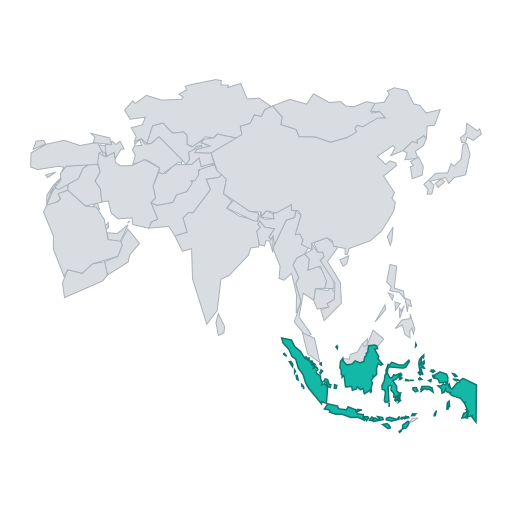 location of Indonesia within Asia
{"feature_id": "IDN", "entity_name": "Indonesia", "entity_type": "country or territory", "adm_level": 0, "iso_a3": "IDN", "parent_name": "Asia", "parent_adm1": "", "projection": "equal_earth", "projection_center": [119.503, -2.501], "detail": "fine", "context": "in_parent", "style": "filled", "palette": "teal", "viewbox_px": 512, "rotation_deg": 0, "n_neighbors": 45, "source": "natural_earth", "source_scale": "50m", "svg_char_len": 17783}
<svg xmlns="http://www.w3.org/2000/svg" viewBox="0 0 512 512"><path d="M271.1,106.4L264.8,109.8L261.3,116.5L254.4,115.0L250.1,123.4L240.3,126.3L241.9,134.6L238.8,138.6L217.4,134.1L213.8,137.9L205.5,136.9L193.5,146.9L186.9,144.4L187.0,135.5L183.6,132.0L172.6,133.1L162.9,123.1L152.6,125.9L146.8,143.7L141.3,138.8L134.6,141.4L136.2,136.5L131.3,127.8L142.5,124.7L145.3,117.2L130.2,119.3L124.7,110.1L132.7,100.8L135.2,103.4L146.5,95.4L161.7,100.1L181.6,99.3L183.3,97.2L178.9,94.2L186.6,89.8L185.4,86.8L187.5,85.4L215.6,79.6L221.3,80.5L220.8,84.9L228.6,85.3L227.6,87.6L240.7,83.4L247.1,99.0L259.0,98.1L271.1,106.4Z" fill="#d9dde1" stroke="#a8b0b8" stroke-width="1"/><path d="M146.8,143.7L152.6,125.9L162.9,123.1L172.6,133.1L183.6,132.0L187.0,135.5L186.9,144.4L192.0,146.9L204.1,139.1L201.2,142.7L210.3,145.9L204.7,149.5L200.3,149.1L201.5,145.5L196.2,146.6L191.7,152.5L188.6,152.3L189.6,159.4L186.2,164.5L158.9,136.7L151.0,143.7L146.8,143.7Z" fill="#d9dde1" stroke="#a8b0b8" stroke-width="1"/><path d="M408.6,423.7L412.3,418.3L418.2,418.1L408.6,423.7Z" fill="#d9dde1" stroke="#a8b0b8" stroke-width="1"/><path d="M56.3,184.5L50.7,191.9L46.8,204.4L46.8,195.3L53.2,185.5L56.3,184.5Z" fill="#d9dde1" stroke="#a8b0b8" stroke-width="1"/><path d="M61.0,179.7L53.3,185.4L61.0,177.6L61.0,179.7Z" fill="#d9dde1" stroke="#a8b0b8" stroke-width="1"/><path d="M53.8,189.1L49.7,194.6L52.6,188.4L53.8,189.1Z" fill="#d9dde1" stroke="#a8b0b8" stroke-width="1"/><path d="M53.8,189.1L68.2,183.9L67.8,190.3L58.1,193.7L60.6,199.0L50.9,206.0L46.8,204.4L53.8,189.1Z" fill="#d9dde1" stroke="#a8b0b8" stroke-width="1"/><path d="M107.5,232.8L117.3,233.5L128.1,224.8L119.9,242.4L108.0,239.6L107.5,232.8Z" fill="#d9dde1" stroke="#a8b0b8" stroke-width="1"/><path d="M104.9,230.0L105.4,226.0L108.3,222.6L108.6,227.5L104.9,230.0Z" fill="#d9dde1" stroke="#a8b0b8" stroke-width="1"/><path d="M97.0,201.4L99.5,209.5L92.8,206.5L97.0,201.4Z" fill="#d9dde1" stroke="#a8b0b8" stroke-width="1"/><path d="M67.8,190.3L68.2,183.9L78.5,178.5L82.8,168.5L90.3,163.3L97.6,164.4L100.2,172.0L95.1,180.9L100.4,188.7L101.9,202.1L85.5,206.1L67.8,190.3Z" fill="#d9dde1" stroke="#a8b0b8" stroke-width="1"/><path d="M120.9,241.2L127.9,229.1L139.5,243.4L129.7,254.9L128.2,262.1L107.5,274.9L104.6,261.8L117.8,256.2L122.2,245.1L120.9,241.2ZM129.6,221.6L127.6,222.9L129.2,221.1L129.6,221.6Z" fill="#d9dde1" stroke="#a8b0b8" stroke-width="1"/><path d="M313.6,300.2L315.5,288.6L328.3,290.6L330.3,286.7L334.9,292.5L334.3,299.3L327.1,303.7L328.9,307.1L317.2,309.0L313.6,300.2Z" fill="#d9dde1" stroke="#a8b0b8" stroke-width="1"/><path d="M324.9,288.3L315.5,288.6L313.6,300.2L303.3,293.2L299.0,316.9L311.1,334.2L306.9,337.2L294.3,322.0L300.9,301.8L295.6,283.5L298.7,277.6L292.9,264.9L296.9,257.8L304.7,253.9L309.4,259.2L308.0,270.1L317.1,265.6L323.3,270.6L326.6,281.0L324.9,288.3Z" fill="#d9dde1" stroke="#a8b0b8" stroke-width="1"/><path d="M334.0,288.7L324.9,288.3L326.6,281.0L320.2,266.0L308.0,270.1L309.4,259.2L304.7,253.9L311.9,249.7L311.5,243.4L317.6,252.0L322.7,252.0L324.1,256.8L320.2,260.3L333.9,279.1L334.0,288.7Z" fill="#d9dde1" stroke="#a8b0b8" stroke-width="1"/><path d="M304.7,253.9L296.9,257.8L292.9,264.9L298.7,277.6L295.6,283.5L300.9,301.8L296.2,313.0L296.5,294.8L291.6,273.4L283.9,280.2L279.0,278.4L280.1,266.2L272.8,248.0L286.3,220.1L294.6,217.4L295.8,211.0L301.0,215.1L295.4,234.7L299.8,233.8L303.0,239.9L301.6,244.5L309.4,246.0L304.7,253.9Z" fill="#d9dde1" stroke="#a8b0b8" stroke-width="1"/><path d="M320.8,309.8L328.9,307.1L327.1,303.7L334.3,299.3L334.9,283.1L320.2,260.3L324.1,256.8L322.7,252.0L317.6,252.0L313.7,242.6L326.9,237.7L337.7,247.6L327.5,261.5L340.4,282.7L341.4,303.1L324.1,320.6L320.8,309.8Z" fill="#d9dde1" stroke="#a8b0b8" stroke-width="1"/><path d="M426.4,138.4L423.3,145.8L415.3,151.4L418.2,158.3L404.9,159.7L407.3,153.2L402.9,150.6L405.9,147.4L412.5,141.3L417.5,143.0L416.8,140.4L423.8,135.6L426.4,138.4Z" fill="#d9dde1" stroke="#a8b0b8" stroke-width="1"/><path d="M410.5,161.5L418.7,157.1L423.3,166.4L422.2,175.1L412.2,178.7L410.4,166.7L413.3,165.8L410.5,161.5Z" fill="#d9dde1" stroke="#a8b0b8" stroke-width="1"/><path d="M272.6,106.0L289.6,99.3L306.5,104.1L313.5,93.8L329.3,102.5L340.7,101.6L345.9,106.1L353.6,106.8L366.9,101.7L375.0,103.4L371.5,113.2L379.8,111.6L385.9,116.3L362.8,126.8L357.1,125.4L355.0,128.5L356.6,131.9L351.2,136.1L330.5,142.3L315.6,137.1L299.0,136.8L296.0,129.5L280.8,124.6L282.1,117.1L272.6,106.0Z" fill="#d9dde1" stroke="#a8b0b8" stroke-width="1"/><path d="M295.8,211.0L294.6,217.4L286.3,220.1L274.5,244.9L273.0,236.2L270.9,239.7L268.9,236.9L274.4,228.8L264.6,227.2L259.6,220.8L257.9,224.5L260.5,227.4L256.7,231.4L259.1,232.9L258.8,246.8L250.8,247.9L248.3,255.4L229.0,275.5L220.9,279.2L217.2,310.6L206.8,324.2L192.5,278.7L191.6,248.7L182.4,251.3L174.9,235.8L187.1,232.2L182.9,218.1L188.2,212.5L192.8,212.9L210.3,189.7L206.2,179.1L218.7,177.3L223.2,173.0L226.4,179.0L223.5,193.7L231.9,200.8L226.9,208.2L238.9,215.9L257.6,221.0L261.1,212.0L261.1,217.3L264.5,219.3L273.9,218.7L272.9,213.7L291.4,204.6L291.5,210.2L295.8,211.0Z" fill="#d9dde1" stroke="#a8b0b8" stroke-width="1"/><path d="M273.0,236.2L272.8,252.5L269.6,240.9L265.9,240.7L264.6,246.0L259.5,244.8L256.7,231.4L260.5,227.4L257.9,224.5L259.6,220.8L264.6,227.2L274.4,228.8L268.9,236.9L270.9,239.7L273.0,236.2Z" fill="#d9dde1" stroke="#a8b0b8" stroke-width="1"/><path d="M272.9,213.7L273.9,218.7L261.1,217.3L266.4,210.8L272.9,213.7Z" fill="#d9dde1" stroke="#a8b0b8" stroke-width="1"/><path d="M258.6,213.1L257.6,221.0L254.2,221.1L226.9,208.2L233.7,199.5L249.5,211.3L258.6,213.1Z" fill="#d9dde1" stroke="#a8b0b8" stroke-width="1"/><path d="M223.2,173.0L218.7,177.3L206.2,179.1L210.3,189.7L192.8,212.9L188.2,212.5L182.9,218.1L187.1,232.2L174.9,235.8L168.9,226.4L148.8,228.2L151.3,221.9L157.7,219.1L150.9,202.6L157.0,205.4L172.8,202.3L176.5,194.8L186.5,191.7L201.0,167.8L214.4,164.6L217.2,170.9L223.2,173.0Z" fill="#d9dde1" stroke="#a8b0b8" stroke-width="1"/><path d="M174.3,164.7L191.5,164.5L199.2,157.8L201.2,166.6L207.5,162.8L214.4,164.6L198.3,170.0L198.7,174.7L194.7,180.8L191.0,180.6L191.9,184.0L186.5,191.7L176.5,194.8L172.8,202.3L157.0,205.4L150.9,202.6L155.5,197.8L153.0,186.0L158.9,172.2L165.5,173.4L174.3,164.7Z" fill="#d9dde1" stroke="#a8b0b8" stroke-width="1"/><path d="M186.2,164.5L189.6,159.4L188.6,152.3L201.5,145.5L201.9,149.0L195.2,152.6L211.1,153.0L214.0,163.1L201.2,166.6L199.2,157.8L191.5,164.5L186.2,164.5Z" fill="#d9dde1" stroke="#a8b0b8" stroke-width="1"/><path d="M204.1,139.1L213.8,137.9L217.4,134.1L238.8,138.6L211.1,153.0L195.2,152.6L196.3,149.7L210.3,145.9L201.2,142.7L204.1,139.1Z" fill="#d9dde1" stroke="#a8b0b8" stroke-width="1"/><path d="M134.6,141.4L141.3,138.8L144.8,144.0L151.0,143.7L158.9,136.7L182.3,160.3L181.5,163.4L178.8,161.9L162.4,174.1L158.9,172.2L159.6,167.9L147.1,160.1L132.8,164.3L135.3,155.4L132.5,150.0L134.6,145.9L141.6,145.5L139.7,139.8L134.7,144.6L134.6,141.4Z" fill="#d9dde1" stroke="#a8b0b8" stroke-width="1"/><path d="M101.9,202.1L100.4,188.7L95.1,180.9L100.2,172.0L96.9,160.4L98.9,153.0L105.5,156.5L114.2,152.3L115.3,162.3L120.5,165.9L132.1,165.5L144.5,159.6L159.6,167.9L153.0,186.0L155.5,197.8L150.9,202.6L157.7,219.1L151.3,221.9L148.8,228.2L132.7,224.6L132.2,218.0L118.0,218.8L111.2,213.2L108.3,200.9L101.9,202.1Z" fill="#d9dde1" stroke="#a8b0b8" stroke-width="1"/><path d="M55.0,187.4L61.0,179.7L60.3,173.4L66.1,166.2L88.4,164.1L82.8,168.5L78.5,178.5L58.7,189.5L55.0,187.4Z" fill="#d9dde1" stroke="#a8b0b8" stroke-width="1"/><path d="M106.9,156.3L98.7,148.9L99.9,144.8L106.9,146.2L106.9,156.3Z" fill="#d9dde1" stroke="#a8b0b8" stroke-width="1"/><path d="M97.6,164.4L66.1,166.2L62.0,171.3L63.6,167.1L58.2,166.3L37.7,169.6L30.7,167.0L31.0,152.9L46.4,144.2L64.1,140.3L80.0,145.5L97.3,142.4L102.0,151.6L98.9,153.0L97.6,164.4ZM36.1,141.2L43.5,140.3L45.6,143.8L33.2,149.4L36.1,141.2Z" fill="#d9dde1" stroke="#a8b0b8" stroke-width="1"/><path d="M224.7,326.7L223.9,332.7L218.4,335.6L216.0,322.9L218.3,313.6L224.7,326.7Z" fill="#d9dde1" stroke="#a8b0b8" stroke-width="1"/><path d="M343.2,266.3L339.8,259.7L348.8,255.8L346.8,263.6L343.2,266.3ZM211.1,153.0L241.9,134.6L240.3,126.3L250.1,123.4L254.4,115.0L261.3,116.5L264.8,109.8L272.6,106.0L282.1,117.1L280.8,124.6L296.0,129.5L299.0,136.8L315.6,137.1L330.5,142.3L346.8,137.8L356.6,131.9L355.0,128.5L357.1,125.4L362.8,126.8L377.4,118.1L385.5,118.0L379.8,111.6L370.6,111.3L375.0,103.4L384.2,102.2L389.2,94.2L387.3,90.8L394.3,87.8L407.1,90.6L413.7,103.9L419.9,105.4L426.0,112.9L440.2,109.7L434.6,125.2L427.1,126.1L426.4,138.4L423.8,135.6L416.8,140.4L417.5,143.0L412.5,141.3L402.9,150.6L390.8,155.7L395.0,148.1L393.0,145.5L377.4,156.5L385.7,164.5L390.0,160.9L395.9,163.0L396.5,165.6L383.6,176.0L394.5,192.8L391.9,198.1L395.3,202.6L393.7,211.2L381.5,231.1L370.1,240.8L349.0,248.5L347.5,254.3L345.2,254.6L345.2,248.5L333.6,246.2L332.5,240.8L326.9,237.7L311.5,243.4L311.9,249.7L301.6,244.5L303.0,239.9L299.8,233.8L295.4,234.7L301.0,215.1L298.2,210.6L291.5,210.2L291.4,204.6L276.2,213.0L266.4,210.8L261.1,216.2L261.1,212.0L249.5,211.3L223.5,193.7L226.4,179.0L217.2,170.9L211.1,153.0Z" fill="#d9dde1" stroke="#a8b0b8" stroke-width="1"/><path d="M393.0,227.1L391.8,240.8L390.1,245.3L387.4,236.6L393.0,227.1Z" fill="#d9dde1" stroke="#a8b0b8" stroke-width="1"/><path d="M111.9,141.0L115.9,144.5L120.0,141.3L124.1,148.9L120.9,149.3L115.2,158.6L114.2,152.3L106.9,156.3L105.5,150.7L105.4,144.0L110.9,144.9L111.9,141.0ZM105.5,156.5L103.1,155.8L102.0,151.6L105.2,152.8L105.5,156.5Z" fill="#d9dde1" stroke="#a8b0b8" stroke-width="1"/><path d="M91.0,133.4L109.6,137.9L111.6,144.4L93.2,142.6L94.9,137.2L91.0,133.4Z" fill="#d9dde1" stroke="#a8b0b8" stroke-width="1"/><path d="M392.4,300.0L388.4,292.9L393.5,295.1L392.4,300.0ZM399.7,318.2L399.5,307.6L401.2,311.1L404.3,305.6L399.7,318.2ZM410.0,314.0L414.8,328.6L413.4,333.9L411.8,328.1L409.8,331.0L410.0,337.9L405.0,334.5L402.4,325.0L395.2,328.6L401.8,320.1L410.2,318.4L410.0,314.0ZM385.7,309.4L375.1,321.9L385.0,304.8L385.7,309.4ZM396.7,266.1L394.3,288.0L403.6,291.1L404.2,298.2L399.3,292.4L389.7,290.7L391.2,286.9L386.7,281.9L390.0,264.5L396.7,266.1ZM395.5,310.1L395.0,301.8L400.2,303.6L395.5,310.1ZM410.2,300.3L411.5,306.6L408.2,305.1L407.4,311.8L405.0,298.1L410.2,300.3Z" fill="#d9dde1" stroke="#a8b0b8" stroke-width="1"/><path d="M302.4,332.8L314.5,338.2L319.8,362.5L307.7,354.0L302.4,332.8ZM378.0,346.1L369.4,345.2L364.1,361.7L346.6,365.5L343.7,362.2L343.0,358.4L349.4,359.3L350.3,354.4L357.2,352.1L362.4,343.9L367.2,345.1L373.1,330.2L383.6,338.9L378.0,346.1Z" fill="#d9dde1" stroke="#a8b0b8" stroke-width="1"/><path d="M367.7,338.6L367.2,345.1L364.3,346.9L362.4,343.9L367.7,338.6Z" fill="#d9dde1" stroke="#a8b0b8" stroke-width="1"/><path d="M470.0,154.3L465.6,174.8L454.0,177.6L448.8,183.5L445.7,177.6L429.9,181.3L434.0,185.1L431.8,194.0L427.3,194.2L428.1,189.5L423.8,184.4L435.8,173.3L447.7,172.8L451.1,163.7L453.8,166.2L461.1,159.1L463.0,144.3L466.9,143.4L470.0,154.3ZM477.4,130.9L479.7,128.8L481.3,134.2L473.3,140.4L467.1,137.1L465.6,142.4L461.5,142.5L460.5,137.6L465.8,133.6L466.7,123.3L477.4,130.9ZM435.4,183.5L441.2,178.8L444.7,181.7L438.1,187.5L435.4,183.5Z" fill="#d9dde1" stroke="#a8b0b8" stroke-width="1"/><path d="M104.6,261.8L107.5,274.9L102.8,280.9L64.5,297.6L62.5,283.0L67.6,269.7L82.2,273.3L92.3,263.9L104.6,261.8Z" fill="#d9dde1" stroke="#a8b0b8" stroke-width="1"/><path d="M46.7,205.2L57.8,201.7L60.6,199.0L58.1,193.7L67.8,190.3L85.5,206.1L96.3,207.1L104.3,219.5L108.0,239.6L120.9,241.2L122.2,245.1L117.8,256.2L92.3,263.9L82.2,273.3L67.6,269.7L64.1,276.6L53.4,249.1L53.4,235.8L43.5,212.1L46.7,205.2Z" fill="#d9dde1" stroke="#a8b0b8" stroke-width="1"/><path d="M55.7,172.1L47.5,177.7L45.6,175.0L55.7,172.1Z" fill="#d9dde1" stroke="#a8b0b8" stroke-width="1"/><path d="M342.8,358.3L342.9,360.6L346.6,364.9L352.1,364.1L355.0,360.9L359.9,362.8L363.7,361.6L364.8,357.0L366.5,355.4L366.2,353.3L367.7,352.5L368.6,345.8L374.7,345.0L376.7,345.9L377.6,348.7L374.5,349.1L378.8,356.6L377.6,358.3L382.7,364.3L380.8,365.2L378.1,363.6L376.5,368.5L376.7,374.3L373.9,376.9L373.1,375.9L373.2,377.5L371.2,380.2L372.4,383.1L371.1,387.9L370.3,389.1L369.8,390.5L364.4,393.8L362.9,388.5L360.2,389.7L357.4,386.8L356.2,389.0L352.4,390.3L351.7,386.5L345.5,386.9L344.3,377.2L343.5,375.7L341.2,374.5L341.2,369.7L339.9,367.9L340.5,361.3L342.8,358.3ZM281.6,338.0L291.5,340.0L294.6,346.4L300.7,351.6L304.0,357.3L305.6,358.7L305.3,357.0L306.2,356.9L308.1,360.2L310.4,361.6L312.0,365.1L314.7,366.6L312.6,368.7L316.0,366.9L317.4,368.2L317.9,369.6L316.4,371.0L316.4,373.2L320.4,375.9L321.0,380.4L322.4,381.9L321.6,384.8L324.8,383.6L327.6,387.7L326.4,403.3L321.7,401.6L321.5,403.8L308.5,388.1L305.6,382.8L303.1,374.7L298.2,367.9L295.8,359.2L292.0,356.4L288.9,349.4L283.1,343.1L281.6,338.0ZM476.5,384.9L476.0,422.2L471.9,416.9L472.4,415.4L467.2,417.1L468.1,413.4L466.7,411.5L467.2,411.2L468.0,411.4L468.5,411.2L466.1,409.7L467.2,409.3L464.5,403.2L465.1,402.5L464.0,402.7L460.6,398.3L451.8,395.5L449.6,393.3L450.5,392.5L446.6,391.8L445.3,389.9L446.0,387.4L444.1,392.3L442.1,393.2L441.4,388.8L438.1,385.9L441.3,385.9L443.3,383.9L445.5,385.0L446.4,382.0L439.5,382.8L437.9,378.9L433.9,378.1L435.1,374.8L439.9,371.9L446.6,374.2L447.9,377.7L447.6,383.2L448.7,386.2L449.4,384.5L450.5,388.3L452.0,389.2L456.9,383.0L459.8,382.0L460.1,380.5L463.0,378.4L476.5,384.9ZM409.4,361.3L405.9,367.2L403.1,368.1L389.5,366.9L387.9,368.4L387.3,373.1L389.9,377.8L392.0,377.6L393.8,374.7L395.5,375.3L400.6,373.2L401.7,374.4L401.5,375.7L399.4,375.1L396.6,378.8L392.8,380.7L396.8,386.6L396.6,390.7L399.2,393.2L399.3,395.1L396.1,396.0L395.7,397.6L393.8,397.2L393.9,393.4L390.9,390.1L391.5,385.7L389.8,385.2L388.2,386.8L388.9,402.0L385.2,402.1L384.3,400.4L385.4,393.1L384.8,390.1L382.2,389.4L381.9,385.5L384.2,381.0L385.0,375.1L385.8,373.8L386.4,374.9L385.9,370.4L388.2,364.3L389.6,365.0L391.7,362.3L399.2,365.0L403.8,365.0L408.8,360.2L409.4,361.3ZM327.8,403.8L337.4,406.0L338.9,408.9L346.4,409.8L348.1,406.8L355.3,409.6L357.4,413.8L363.3,414.6L363.2,418.1L364.1,420.2L358.4,417.4L351.0,417.5L341.5,414.1L335.7,414.2L329.5,412.2L329.8,410.4L328.4,409.7L324.4,409.1L327.8,403.8ZM420.0,365.0L424.1,360.9L424.2,363.5L422.3,365.7L425.0,368.7L421.1,367.2L420.7,368.2L423.0,375.0L419.9,371.3L418.7,363.4L419.6,359.3L421.3,357.3L421.2,362.2L420.0,365.0ZM428.6,386.4L432.1,387.9L433.1,392.1L429.0,389.0L427.4,389.7L424.8,388.5L423.3,389.7L421.7,388.0L420.7,390.0L422.0,386.4L428.6,386.4ZM398.8,419.3L391.4,421.1L386.2,419.8L386.5,418.2L389.6,417.2L396.9,419.4L399.4,416.4L398.8,419.3ZM377.5,416.6L382.5,417.5L383.3,419.6L373.4,421.5L373.6,418.8L375.0,417.9L378.4,419.9L379.6,419.2L377.5,416.6ZM407.9,421.2L408.9,421.7L408.1,425.3L405.8,428.1L402.5,429.0L402.8,425.0L407.9,421.2ZM327.6,379.5L328.9,384.1L330.9,384.7L330.2,387.5L327.4,386.1L326.5,382.4L323.7,381.6L325.1,378.9L327.6,379.5ZM465.7,417.4L461.9,418.0L463.8,413.3L466.8,412.3L467.7,414.0L465.7,417.4ZM387.1,423.6L389.4,425.6L390.4,427.8L388.1,428.6L382.6,424.5L387.1,423.6ZM416.3,387.6L417.9,390.8L415.5,391.9L412.9,389.6L413.0,387.7L416.3,387.6ZM367.7,416.7L368.8,418.1L366.5,420.6L363.6,416.7L367.7,416.7ZM373.1,417.7L372.6,420.8L369.5,420.3L371.8,417.0L373.1,417.7ZM336.8,385.4L336.1,388.4L334.3,388.3L334.5,384.6L336.8,385.4ZM449.1,401.1L449.6,406.0L448.5,406.3L447.3,404.7L447.5,402.7L449.1,401.1ZM361.9,409.8L357.8,411.4L356.1,410.5L357.6,409.4L361.9,409.8ZM400.1,395.1L399.7,399.4L400.6,400.5L398.3,402.4L399.2,396.4L400.1,395.1ZM291.0,361.5L292.9,364.3L292.5,366.7L289.3,361.7L291.0,361.5ZM298.2,380.1L296.8,379.2L296.1,375.5L297.2,375.4L298.2,380.1ZM435.1,415.8L434.2,415.8L434.3,414.0L436.5,410.7L435.1,415.8ZM433.2,369.9L435.4,371.6L432.4,370.4L433.5,371.9L432.9,372.5L430.7,371.1L433.2,369.9ZM405.9,379.4L409.7,380.7L405.5,380.6L405.9,379.4ZM398.3,400.2L396.8,400.4L397.1,397.3L398.6,396.4L398.3,400.2ZM452.7,373.6L454.8,374.1L456.9,376.2L454.9,376.7L452.7,373.6ZM415.9,413.9L414.5,415.5L411.7,415.7L412.4,413.9L415.9,413.9ZM448.9,406.9L447.9,409.2L446.9,409.1L447.1,405.4L448.9,406.9ZM421.8,379.4L419.3,379.8L418.6,379.0L419.7,377.6L421.8,379.4ZM453.0,379.0L456.1,379.4L459.1,380.2L456.2,380.8L453.0,379.0ZM399.5,376.7L402.0,378.2L400.6,379.2L400.5,377.4L399.4,379.0L399.5,376.7ZM423.1,358.1L422.1,356.7L423.7,355.0L423.8,357.1L423.1,358.1ZM406.5,416.6L408.5,416.8L408.8,417.7L405.6,418.2L406.5,416.6ZM431.2,379.6L430.7,381.7L428.6,380.6L429.7,380.0L431.2,379.6ZM371.4,391.5L370.3,392.9L371.2,388.6L371.4,391.5ZM419.3,371.7L420.7,374.5L420.2,375.0L418.2,372.8L419.3,371.7ZM286.7,356.3L283.9,354.6L283.6,353.7L284.3,353.3L286.7,356.3ZM337.3,348.7L335.9,347.0L337.0,345.7L337.6,347.0L337.3,348.7ZM434.0,377.5L433.0,377.1L432.6,375.4L434.1,375.2L434.0,377.5ZM314.6,365.0L312.4,365.0L312.5,363.6L314.6,365.0ZM309.1,358.0L309.1,359.6L308.2,359.9L307.8,358.3L309.1,358.0ZM403.7,417.3L402.1,419.0L400.7,418.8L401.4,417.4L403.7,417.3ZM399.5,432.4L399.1,431.5L401.3,429.9L401.5,430.9L399.5,432.4ZM410.6,380.2L414.0,380.4L410.0,380.5L410.6,380.2ZM321.3,362.9L321.3,365.1L319.9,364.1L320.4,363.1L321.3,362.9ZM343.3,375.9L342.1,377.2L342.2,375.6L343.3,375.9ZM303.7,387.1L303.8,389.0L302.7,385.9L303.7,387.1ZM321.1,369.8L323.1,371.5L320.7,371.0L321.1,369.8ZM395.7,401.1L394.7,400.1L395.2,399.0L395.7,399.5L395.7,401.1ZM295.5,371.4L294.6,373.0L294.6,369.9L295.5,371.4ZM312.1,364.2L311.5,363.7L311.4,361.9L312.2,362.8L312.1,364.2ZM416.5,345.3L415.6,346.5L415.8,343.8L416.5,345.3ZM405.0,417.0L404.6,418.8L403.7,418.4L405.0,417.0ZM312.3,361.2L312.4,362.3L310.4,360.7L312.3,361.2ZM319.9,372.6L321.3,372.6L320.4,373.7L319.9,372.6ZM315.3,364.9L313.3,363.8L313.4,363.2L314.6,363.8L315.3,364.9ZM400.7,392.9L400.2,394.2L399.7,393.0L400.7,392.9ZM422.5,390.1L421.0,391.6L420.8,391.1L422.5,390.1ZM467.2,418.0L465.9,417.9L465.8,417.6L466.8,416.8L467.2,418.0ZM389.4,404.2L389.1,407.0L389.1,403.1L389.4,404.2ZM302.7,385.3L301.9,386.1L301.7,384.4L302.7,385.3Z" fill="#14b8a6" stroke="#0f766e" stroke-width="1.5"/></svg>